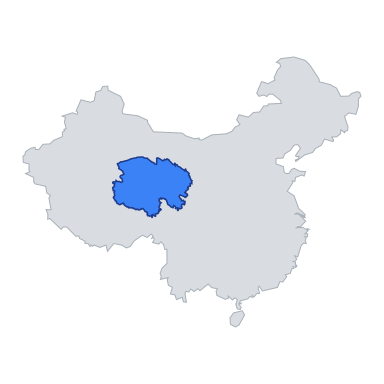 location of Qinghai within China
{"feature_id": "CHN-1151", "entity_name": "Qinghai", "entity_type": "Province", "adm_level": 1, "iso_a3": "CHN", "parent_name": "China", "parent_adm1": "", "projection": "equal_earth", "projection_center": [96.897, 35.43], "detail": "fine", "context": "in_parent", "style": "filled", "palette": "blue", "viewbox_px": 384, "rotation_deg": 0, "n_neighbors": 0, "source": "natural_earth", "source_scale": "10m", "svg_char_len": 9526}
<svg xmlns="http://www.w3.org/2000/svg" viewBox="0 0 384 384"><path d="M225.2,299.3L216.9,295.4L216.1,291.1L217.5,288.8L211.7,287.6L208.1,284.1L199.9,290.7L197.9,288.7L194.0,291.5L190.8,289.0L188.7,292.1L186.1,291.2L185.0,293.1L186.4,302.3L183.4,301.9L182.3,297.3L176.5,299.6L175.0,295.0L170.4,294.0L172.4,287.3L168.4,285.3L167.2,279.4L168.2,277.6L160.4,279.4L161.3,276.7L160.1,273.4L161.9,268.3L167.0,263.3L166.9,249.3L164.8,249.5L163.6,244.7L160.9,241.8L158.8,244.1L152.5,242.5L154.3,239.7L153.5,237.4L151.7,238.4L153.0,235.8L151.1,234.2L147.1,237.5L142.5,235.2L134.2,240.8L130.5,246.3L126.3,248.0L122.1,245.2L113.8,243.5L107.5,251.4L106.0,245.1L99.9,247.4L93.8,245.0L92.5,246.4L90.9,244.9L90.0,246.6L88.2,243.6L84.8,243.3L85.1,241.1L79.6,238.5L78.9,236.0L75.8,236.3L66.9,227.1L63.2,227.0L61.2,229.4L49.8,218.5L47.7,219.3L47.9,214.1L46.1,209.6L51.1,209.8L48.9,197.9L50.5,195.6L46.7,192.8L45.8,186.4L35.1,183.9L33.7,182.0L33.7,177.4L25.5,173.6L30.0,171.7L28.9,170.1L29.1,164.0L23.3,162.4L23.0,156.1L24.7,155.1L25.6,151.6L30.7,148.3L35.0,147.2L35.4,149.6L39.1,149.3L42.9,144.3L49.9,143.9L53.7,140.3L62.4,136.7L62.4,132.2L64.6,130.6L63.9,129.4L66.2,128.5L64.4,121.8L65.5,117.3L62.2,116.1L72.6,112.8L77.0,114.4L77.7,112.2L76.1,111.0L81.0,99.8L90.3,102.3L94.2,100.7L95.9,92.0L100.6,90.5L102.7,86.6L107.7,86.1L108.3,90.3L120.6,96.4L124.2,104.1L122.0,111.5L123.1,113.9L137.6,115.7L147.7,120.4L147.5,122.2L153.4,131.8L182.1,133.1L185.9,135.9L194.7,138.9L199.1,138.0L199.2,139.6L201.9,140.0L211.8,134.9L226.1,133.8L231.9,131.4L235.0,127.2L240.0,124.5L236.7,119.8L239.0,114.8L248.5,117.1L253.4,112.5L259.6,112.0L263.7,106.1L267.9,105.6L268.3,104.0L281.5,103.4L280.2,100.1L272.8,94.2L268.9,94.2L266.9,96.5L263.5,95.0L259.0,96.3L256.7,93.2L261.5,81.6L268.1,83.7L275.0,80.0L274.1,77.7L277.7,69.7L280.7,66.5L279.7,63.4L276.4,62.4L280.7,58.7L293.9,57.0L305.1,60.3L309.6,64.7L319.0,79.0L319.3,81.8L330.2,84.6L336.6,88.2L340.7,96.3L348.7,96.1L351.7,93.4L357.4,91.6L359.6,92.4L361.0,96.1L358.4,99.0L358.4,106.4L355.9,114.3L348.7,112.9L344.5,116.4L348.0,127.0L347.6,130.4L344.2,131.7L345.0,133.1L340.9,129.7L340.5,133.8L336.6,136.8L331.7,137.1L333.6,140.0L333.0,141.6L324.6,139.1L321.3,145.2L315.5,148.5L312.5,152.5L304.7,154.9L295.8,161.5L295.3,160.0L298.5,158.6L299.0,156.5L295.9,156.5L295.7,155.3L300.5,148.2L297.7,144.6L294.0,145.2L290.6,150.2L284.8,153.8L282.9,158.1L276.1,158.4L275.9,163.8L283.5,166.7L284.1,172.1L286.2,173.6L289.0,173.5L291.4,169.5L294.2,168.3L299.6,171.2L305.6,171.6L304.2,176.0L301.7,175.0L295.5,177.5L294.9,181.4L292.2,180.8L292.9,182.5L287.2,191.3L294.1,195.8L298.7,208.5L305.1,214.5L304.8,216.1L297.1,212.9L294.3,214.2L298.4,213.9L305.7,221.2L300.5,226.6L297.8,226.6L296.4,227.8L302.8,227.3L308.0,230.8L304.8,233.9L307.6,233.8L307.5,236.7L304.7,236.7L306.2,238.1L305.2,240.7L306.2,243.5L303.4,243.2L301.1,245.8L297.7,257.0L294.8,255.7L296.8,259.4L294.4,261.7L292.4,261.2L295.4,262.1L295.8,267.2L293.0,266.7L293.8,268.5L291.9,268.7L290.2,273.5L285.3,274.7L286.7,276.6L282.8,282.0L279.9,281.6L277.5,287.4L262.4,291.0L259.2,286.1L258.0,287.6L259.6,293.4L256.8,293.5L253.8,297.1L252.3,295.4L252.1,297.4L249.8,296.5L247.8,298.9L240.4,300.8L238.9,304.0L241.2,307.6L240.3,309.5L237.3,308.9L235.8,304.3L237.4,299.6L235.0,297.8L232.5,300.0L228.2,296.0L228.4,298.3L225.2,299.3ZM242.2,310.8L244.6,314.9L239.0,325.0L235.6,327.0L230.4,324.3L230.0,317.8L233.6,312.9L242.2,310.8ZM305.6,217.8L303.5,217.3L301.4,215.3L303.0,215.7L305.6,217.8ZM309.1,229.2L307.6,229.6L307.1,228.6L309.1,229.2ZM297.0,265.5L296.2,266.8L296.2,265.1L297.0,265.5ZM239.7,303.6L241.2,302.9L241.1,303.9L239.7,303.6Z" fill="#d9dde1" stroke="#a8b0b8" stroke-width="1"/><path d="M133.5,158.3L134.0,158.3L134.6,158.0L135.5,158.0L136.3,157.8L136.9,157.4L137.6,157.3L138.1,157.1L139.1,157.3L140.5,157.0L142.4,157.0L143.3,157.2L143.8,157.7L144.9,158.0L145.4,158.3L146.6,158.2L147.2,158.1L148.0,159.1L148.7,159.4L149.4,160.3L149.9,160.5L150.5,161.1L151.2,161.4L151.4,161.9L151.8,161.9L152.3,162.2L152.8,162.2L154.0,162.9L154.0,163.4L154.2,163.6L155.4,164.1L156.3,164.4L156.5,164.3L156.6,164.1L156.7,162.7L156.5,162.1L156.7,161.8L156.7,161.4L156.7,160.5L156.8,159.4L156.6,158.6L156.9,158.0L157.6,157.9L158.9,158.3L163.0,160.9L164.1,160.0L164.2,159.6L164.4,159.3L164.8,159.4L165.1,159.8L166.0,159.8L166.6,159.4L166.8,158.9L167.1,158.9L167.8,159.2L168.2,159.6L168.8,159.7L168.9,159.8L168.8,160.1L168.9,160.3L171.2,162.5L171.6,163.1L173.0,164.3L174.1,164.6L174.6,164.9L175.1,165.5L175.1,165.3L175.0,164.7L174.8,164.5L174.6,164.0L174.7,163.3L174.9,163.3L176.0,164.6L177.2,164.9L177.4,165.3L177.6,166.1L177.8,166.2L180.2,167.3L181.7,168.6L184.0,170.1L184.5,170.7L184.8,170.0L185.4,169.1L185.6,169.1L185.8,170.0L186.1,170.2L186.2,170.5L186.0,170.9L186.1,171.1L186.7,171.6L187.1,171.6L187.9,172.4L188.3,172.6L189.1,173.4L189.1,173.8L188.8,174.0L188.6,175.0L189.1,175.4L189.3,175.8L189.9,176.3L189.9,176.6L189.4,176.9L189.4,177.2L190.0,177.7L190.3,178.3L190.5,178.5L190.8,179.9L191.2,180.0L192.1,180.7L191.5,181.9L191.9,182.5L191.7,182.9L191.8,183.7L191.0,183.5L190.7,183.5L190.2,183.6L190.1,184.3L190.4,185.3L190.3,186.1L189.3,186.0L189.0,186.2L188.7,186.8L187.9,186.9L187.9,187.4L187.7,187.9L188.1,188.0L188.4,188.6L188.4,188.8L188.1,189.1L187.8,189.7L187.4,189.9L186.7,190.5L186.3,190.6L185.9,191.1L185.7,191.4L185.8,191.8L185.7,192.1L185.4,192.0L184.8,192.5L185.1,193.0L185.3,193.1L185.6,192.8L185.8,192.8L185.9,193.3L186.1,193.6L186.3,193.8L186.7,193.8L187.2,194.1L187.6,195.1L187.4,195.3L187.3,195.7L186.9,195.8L186.7,196.1L186.5,196.5L186.2,196.6L186.1,196.9L185.6,196.8L185.1,197.4L184.8,197.1L184.3,196.9L184.1,196.5L183.8,196.3L182.4,195.9L182.0,195.6L180.8,195.4L180.1,194.9L179.3,195.8L179.2,196.3L179.2,196.7L179.8,197.7L180.2,198.5L180.6,198.9L181.3,199.1L181.5,199.7L181.5,200.7L181.9,200.5L182.4,200.8L182.8,200.8L183.5,200.3L183.9,200.9L184.2,201.8L184.7,201.9L185.1,201.7L185.1,202.1L184.7,202.5L184.5,202.8L184.5,203.3L184.9,203.7L184.4,204.8L184.2,204.9L183.7,204.3L183.2,204.0L182.8,204.4L182.5,204.2L181.7,204.6L181.4,205.5L181.4,206.2L181.5,206.5L182.0,206.9L182.0,207.3L181.7,208.3L181.4,208.4L181.0,208.3L180.6,208.7L180.2,208.8L179.7,208.5L178.7,208.3L178.7,208.7L178.5,209.0L178.5,209.6L178.3,210.2L177.9,210.5L177.5,210.1L177.6,209.8L178.1,209.3L177.7,208.8L177.6,208.3L177.1,207.7L176.2,208.0L176.0,208.7L175.6,208.6L175.4,208.4L175.6,207.8L175.5,207.1L175.0,206.3L174.3,206.2L173.9,205.6L173.7,206.2L173.3,206.4L173.3,207.0L173.1,207.7L172.9,207.8L171.9,207.2L170.5,206.7L170.1,205.8L169.9,205.7L169.3,205.3L168.0,204.6L167.4,203.5L167.4,203.1L167.1,202.0L166.9,201.7L166.7,201.2L166.6,200.6L165.4,199.1L165.1,199.0L164.5,199.2L164.1,198.5L163.0,198.3L162.7,198.3L162.0,198.9L161.3,199.1L161.2,198.3L161.0,197.9L160.7,198.0L160.5,198.5L159.1,199.0L159.0,199.4L159.2,200.0L159.1,200.9L159.3,201.2L159.7,201.4L159.8,202.0L160.0,202.2L160.5,202.3L161.2,202.8L161.0,203.0L160.5,203.2L160.3,203.7L159.8,204.3L159.7,204.9L159.9,205.5L159.8,205.8L159.2,206.2L159.0,206.6L159.1,207.6L159.4,208.2L160.2,208.8L160.5,208.8L160.6,209.1L161.1,209.4L161.0,209.7L160.6,210.2L160.3,209.9L159.0,209.8L158.8,210.5L159.2,210.7L159.1,211.2L159.2,211.5L158.6,211.6L158.3,212.4L158.5,212.9L158.3,213.2L158.0,213.2L157.8,213.6L157.6,213.7L156.9,213.6L156.4,213.8L155.3,214.0L155.6,214.6L155.4,215.1L155.7,215.8L155.5,216.3L155.3,216.3L154.8,215.9L153.7,215.6L153.2,215.2L152.7,214.5L152.1,214.7L151.7,215.4L152.3,216.1L152.2,216.9L152.3,217.2L152.0,217.4L151.9,217.3L151.6,216.7L151.5,216.2L151.3,216.0L150.0,216.0L149.6,216.2L149.3,215.8L148.8,215.6L147.8,215.8L147.4,215.2L147.3,214.6L147.0,214.1L147.2,213.7L147.5,213.6L147.4,213.4L147.5,213.0L147.3,212.5L146.8,212.3L146.6,211.8L145.4,211.7L144.8,211.2L144.7,211.1L144.5,210.1L143.5,209.5L143.3,209.0L142.7,208.4L142.1,208.7L141.5,209.1L141.1,208.9L141.0,209.4L140.1,209.6L139.7,209.9L139.0,209.9L138.6,209.7L138.1,209.8L137.8,209.3L137.4,209.2L136.6,209.3L136.0,209.7L135.7,209.3L135.2,209.2L134.2,208.5L133.3,208.6L133.1,207.9L132.2,208.0L131.5,207.7L131.0,207.9L129.4,207.6L129.1,207.8L128.9,207.7L128.5,207.8L128.3,207.3L128.3,206.9L127.8,206.7L127.3,207.0L127.0,207.0L126.7,206.8L126.1,206.1L125.5,206.0L124.5,205.2L124.1,204.7L123.5,203.7L123.7,203.3L123.5,203.2L122.4,203.2L122.1,203.8L121.5,204.0L120.9,204.0L120.3,204.6L119.9,204.7L119.4,204.6L118.8,204.3L117.9,203.6L117.5,203.6L117.1,203.4L116.6,202.7L116.5,202.2L116.6,201.9L116.4,201.4L116.0,201.1L115.3,200.9L115.2,200.2L114.8,199.9L114.8,199.4L114.0,198.7L113.4,197.5L113.4,197.2L113.5,196.9L114.0,196.8L114.3,196.4L114.7,195.2L114.4,194.8L114.4,193.6L114.3,192.8L114.0,192.3L114.6,191.6L114.7,191.3L114.6,190.9L114.4,190.7L113.2,190.6L113.2,189.6L112.6,188.4L112.8,188.1L112.8,187.4L113.6,187.1L114.3,186.6L114.0,186.1L114.2,185.7L114.2,185.2L114.6,184.3L114.7,183.8L114.5,183.6L113.8,183.7L113.1,183.4L112.8,183.0L112.7,182.5L113.0,182.0L113.6,181.8L114.1,181.8L115.3,181.9L115.7,181.8L115.8,181.6L116.1,180.4L116.5,180.7L116.9,181.4L117.7,181.5L119.6,181.5L120.9,182.4L122.5,181.8L122.6,181.7L122.6,181.3L122.2,180.0L121.9,178.5L121.0,178.2L120.5,177.8L120.2,177.3L120.1,176.4L120.3,176.1L121.0,175.3L122.3,175.1L123.1,174.7L123.7,174.5L123.9,174.1L123.8,173.7L123.4,173.2L123.0,172.4L122.8,171.3L122.6,171.0L121.7,170.6L121.2,170.0L118.8,168.6L118.7,168.3L119.0,167.7L119.0,167.1L117.6,164.6L117.4,163.7L117.7,163.5L118.4,163.5L119.3,163.0L120.2,162.3L120.4,161.9L122.4,161.7L123.5,161.4L124.0,161.4L125.0,160.9L126.0,160.8L128.8,159.9L129.6,159.5L130.3,159.0L131.0,158.9L133.5,158.3Z" fill="#3b82f6" stroke="#1e3a8a" stroke-width="1.5"/></svg>